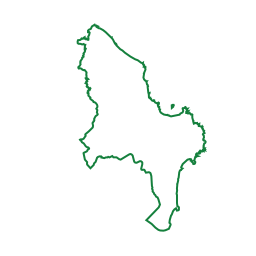 outline of Laem Ngop, Trat, Thailand, rotated 215°
{"feature_id": "78962969B48901516523989", "entity_name": "Laem Ngop", "entity_type": "district", "adm_level": 2, "iso_a3": "THA", "parent_name": "Thailand", "parent_adm1": "Trat", "projection": "natural_earth1", "projection_center": [102.364, 12.232], "detail": "fine", "context": "isolated", "style": "outline", "palette": "green", "viewbox_px": 256, "rotation_deg": 215, "n_neighbors": 0, "source": "geoboundaries", "source_scale": "gbopen_adm2", "svg_char_len": 5872}
<svg xmlns="http://www.w3.org/2000/svg" viewBox="0 0 256 256"><g transform="rotate(215 128 128)"><path d="M60.1,63.0L53.6,63.0L48.4,62.1L44.7,62.0L42.9,62.5L40.1,64.2L38.7,65.7L36.7,68.9L37.6,73.2L38.6,74.0L39.7,74.1L41.1,76.8L42.5,80.9L42.5,82.2L43.4,85.7L43.3,87.9L42.8,89.3L42.6,89.0L42.1,89.4L40.6,88.4L39.7,89.3L39.4,90.2L40.8,92.2L41.9,92.4L42.6,92.2L44.8,94.6L49.5,101.3L50.4,101.9L52.0,105.1L53.2,106.5L55.3,110.2L55.6,110.3L55.7,111.1L56.9,114.0L57.7,114.9L58.0,116.3L60.6,121.1L61.1,123.0L60.9,123.6L60.4,124.0L60.5,124.6L60.2,126.0L60.8,125.8L61.9,126.3L62.5,129.9L61.1,136.2L59.5,138.1L58.7,138.4L58.5,138.1L58.4,138.4L57.2,137.9L57.4,137.4L57.1,137.1L56.3,137.5L56.1,136.9L54.4,136.6L54.0,136.0L53.6,136.1L52.9,136.8L52.9,137.7L53.3,138.7L55.3,139.3L55.2,140.0L56.0,141.8L55.8,142.7L56.2,142.7L56.4,143.2L56.3,144.1L55.4,144.3L54.6,145.1L55.2,145.0L56.1,144.4L57.2,145.5L57.1,146.6L56.0,146.9L54.6,148.3L54.6,148.9L55.4,149.0L55.6,149.3L56.0,149.1L55.9,150.9L55.3,151.0L55.1,150.2L54.8,150.3L54.5,151.2L53.7,151.4L53.5,152.2L53.1,152.3L54.1,153.0L53.9,153.8L52.7,154.0L53.1,154.2L54.0,154.1L53.8,155.2L54.4,154.8L54.9,155.2L55.7,156.5L55.6,156.8L56.0,157.0L56.7,159.0L56.3,159.5L56.2,160.5L56.7,161.4L58.3,161.7L58.8,161.2L59.6,161.4L60.1,162.4L60.3,163.8L61.5,165.2L62.9,165.6L63.2,166.6L62.4,167.7L63.0,168.2L64.0,168.7L64.1,169.3L64.8,169.1L65.2,169.7L66.2,169.9L66.3,170.3L66.9,170.3L67.5,171.5L67.9,171.1L68.4,171.7L68.6,171.1L70.7,170.6L71.2,170.2L71.5,170.5L71.4,171.2L72.0,172.3L72.6,171.4L73.2,171.1L73.7,171.2L74.3,171.8L75.0,171.1L76.0,170.7L76.0,170.0L76.3,169.7L76.7,169.9L76.8,169.5L78.4,170.8L78.7,171.6L79.3,171.7L81.2,173.3L82.8,175.5L82.9,175.8L83.6,175.9L84.3,175.1L86.1,175.7L86.1,175.2L86.6,175.0L87.1,174.3L88.3,174.1L88.9,173.7L89.5,174.5L88.4,175.7L88.4,176.2L88.9,175.6L89.8,176.0L89.7,176.6L90.3,177.3L90.3,177.9L91.1,177.0L91.6,177.0L92.4,178.0L93.0,178.1L93.2,177.8L93.0,177.2L93.1,176.8L94.5,175.6L94.4,175.2L92.7,173.9L92.3,172.8L92.3,171.9L93.4,169.8L93.4,168.5L99.4,162.2L101.4,161.6L101.7,161.8L102.9,161.2L103.2,161.4L104.1,160.6L106.4,159.6L109.5,159.4L110.7,159.7L111.5,160.2L112.3,160.9L112.4,161.5L113.1,161.3L114.5,163.2L115.1,162.7L115.8,163.1L115.8,163.4L116.4,163.6L117.1,164.4L116.5,165.5L117.1,166.3L117.7,166.3L118.3,164.9L120.3,164.5L121.8,165.0L122.4,165.7L122.6,165.6L122.4,165.3L122.7,164.7L123.9,164.3L124.9,164.5L125.9,165.1L126.2,164.8L126.8,164.9L127.2,165.5L127.8,164.9L128.4,165.1L130.5,167.8L130.2,168.6L130.4,169.0L131.0,168.1L131.6,168.6L135.2,172.6L135.8,173.4L135.6,173.7L136.7,174.6L137.4,174.6L139.4,176.4L139.4,177.0L139.9,176.6L140.7,176.9L141.3,176.7L142.8,177.1L144.3,178.2L146.1,181.9L146.3,181.9L147.1,185.5L147.4,186.2L148.3,186.9L148.3,187.4L148.7,187.9L149.3,187.3L150.1,188.1L150.4,187.6L150.9,188.7L151.2,188.9L151.5,188.5L152.6,189.0L153.1,189.9L153.3,189.3L153.7,189.4L154.5,189.0L158.9,189.1L161.5,188.4L167.0,187.9L173.7,187.9L177.0,188.3L179.5,188.1L184.7,189.0L185.3,189.8L185.9,190.1L186.1,190.1L186.1,189.7L186.6,190.0L186.7,189.8L187.2,190.0L187.3,189.8L191.2,191.9L193.1,192.4L193.3,192.9L193.8,192.5L201.2,193.7L204.6,193.9L208.3,193.5L209.1,193.0L211.4,192.8L211.7,192.9L211.1,193.4L210.9,194.0L211.4,193.9L211.6,193.5L212.3,193.8L212.6,193.7L212.6,193.3L213.1,193.6L214.0,193.0L214.6,193.4L215.8,190.5L215.3,187.9L216.4,186.1L216.6,184.9L215.7,183.6L214.8,184.3L214.1,184.1L213.2,181.9L213.0,180.0L211.5,178.4L211.1,177.5L211.9,177.0L213.1,177.3L213.4,176.7L213.9,177.0L214.4,176.4L215.0,176.7L215.6,177.5L216.2,176.1L216.1,175.2L216.9,174.6L217.4,174.6L217.4,173.4L217.8,172.5L219.3,171.3L218.9,170.0L217.9,168.7L216.9,168.6L215.0,169.8L213.5,170.1L212.5,171.4L211.4,171.1L210.7,171.6L210.0,169.8L209.0,168.2L208.7,168.9L208.1,168.8L207.7,166.9L207.1,165.8L207.2,163.5L206.5,163.1L206.2,162.3L206.4,161.6L205.3,160.9L205.9,159.4L205.3,158.7L205.3,155.3L204.7,154.9L204.5,153.9L203.4,153.0L203.2,151.4L203.6,149.4L203.2,148.8L202.4,148.5L201.4,149.5L200.0,149.9L199.0,149.6L197.6,149.9L197.2,150.4L196.6,150.6L193.9,149.8L192.6,147.5L192.1,147.2L191.1,145.8L190.9,145.0L191.2,144.5L190.2,144.0L189.7,144.3L189.3,145.3L188.6,145.2L189.2,144.3L189.4,143.6L188.2,142.9L188.7,141.9L187.8,141.2L188.3,141.1L188.4,140.6L187.4,140.9L186.8,140.0L186.2,140.1L185.7,139.1L185.7,138.4L184.9,138.1L184.0,138.6L182.5,137.5L182.0,139.0L181.5,138.9L181.2,137.3L181.9,137.2L182.1,135.5L181.3,135.1L181.2,134.7L181.6,134.0L181.0,133.3L180.1,133.6L179.0,131.8L176.3,131.4L176.1,130.7L175.3,130.2L172.0,130.1L171.1,129.5L170.0,130.0L168.4,129.9L166.7,129.3L165.6,128.4L165.1,127.5L165.0,125.6L163.4,125.1L162.4,122.9L160.7,121.9L160.6,121.2L161.3,119.2L161.2,117.8L160.9,115.9L160.1,115.2L159.8,114.1L160.1,113.5L159.8,113.0L159.9,111.7L157.9,109.8L157.2,108.2L158.2,102.7L159.3,98.6L159.1,97.9L158.2,97.3L158.2,93.8L158.8,92.6L160.0,91.8L160.6,90.9L160.0,90.6L158.8,90.6L157.6,89.9L155.3,90.0L152.1,88.8L150.6,88.8L149.3,89.3L148.2,89.0L148.0,88.5L148.6,87.2L148.3,86.2L148.4,85.1L149.9,82.5L150.0,81.9L145.2,77.4L141.9,76.6L141.0,75.1L140.4,74.6L135.7,73.5L134.9,78.1L135.5,79.5L135.1,81.7L136.3,86.0L136.0,87.1L135.0,88.5L133.7,89.3L132.9,88.6L132.4,89.1L132.1,88.9L130.2,89.7L129.2,91.3L127.9,92.2L127.7,93.0L126.3,93.3L124.8,96.0L123.1,95.6L120.5,97.4L117.3,97.4L115.9,97.9L112.4,105.9L111.7,107.4L110.9,108.2L109.8,108.4L108.4,108.1L103.6,104.0L102.2,103.8L101.0,104.5L99.2,107.7L98.2,108.2L96.9,108.1L96.4,107.8L95.5,106.5L93.8,102.1L93.0,101.6L92.4,101.8L91.2,102.9L90.6,103.1L87.7,101.7L85.5,103.8L84.1,104.0L83.5,103.8L81.3,102.0L75.1,94.2L73.8,93.2L73.4,92.0L72.2,91.4L71.4,90.1L69.7,89.7L68.6,88.9L67.1,88.7L65.7,87.9L64.0,88.1L62.3,87.1L57.9,83.6L57.3,80.6L60.1,63.0ZM103.9,173.1L104.7,172.6L105.2,171.7L103.6,169.6L103.2,171.1L103.9,171.7L103.4,172.6L103.9,173.1ZM52.8,154.9L52.7,154.4L52.4,154.2L52.3,154.7L52.8,154.9Z" fill="none" stroke="#15803d" stroke-width="2"/></g></svg>